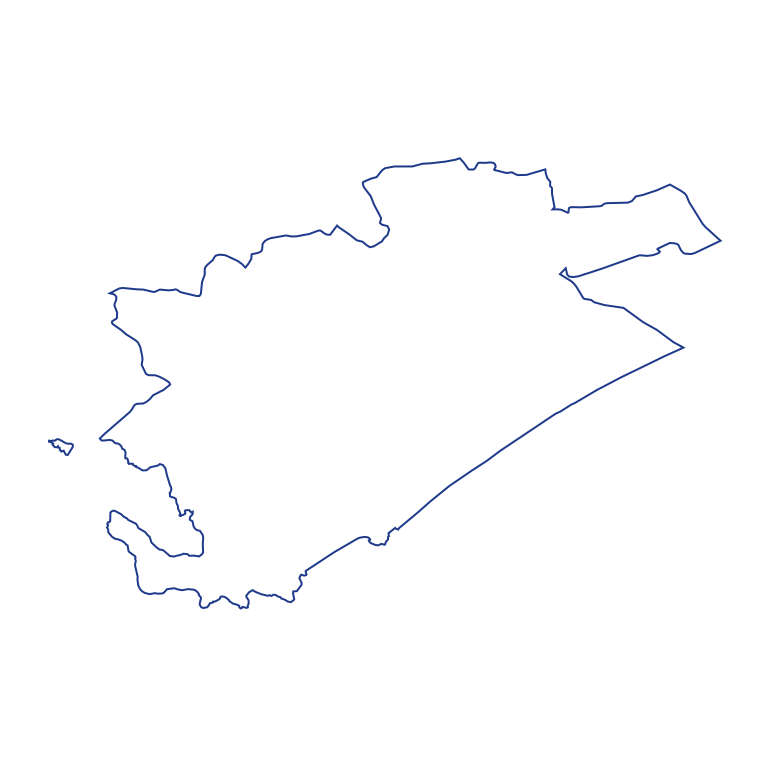 outline of Dong Hoa, Phú Yên, Vietnam, rotated 91°
{"feature_id": "81297802B45644811289425", "entity_name": "Dong Hoa", "entity_type": "district", "adm_level": 2, "iso_a3": "VNM", "parent_name": "Vietnam", "parent_adm1": "Phú Yên", "projection": "robinson", "projection_center": [109.384, 12.945], "detail": "fine", "context": "isolated", "style": "outline", "palette": "blue", "viewbox_px": 768, "rotation_deg": 91, "n_neighbors": 0, "source": "geoboundaries", "source_scale": "gbopen_adm2", "svg_char_len": 6135}
<svg xmlns="http://www.w3.org/2000/svg" viewBox="0 0 768 768"><g transform="rotate(91 384 384)"><path d="M342.4,85.3L337.0,95.5L325.3,111.9L317.7,125.9L303.7,145.9L301.2,165.2L298.6,175.2L296.3,178.4L295.4,185.3L294.4,186.4L283.6,193.2L280.5,195.7L278.2,198.2L271.1,210.0L265.1,204.3L271.3,202.8L273.3,200.9L273.8,196.8L272.9,191.4L265.0,168.5L251.2,131.8L250.8,130.3L251.3,123.3L250.6,117.9L249.2,113.7L248.0,111.3L246.9,110.5L244.4,113.0L243.9,112.7L238.0,100.7L238.3,95.7L238.9,93.4L240.0,92.0L244.8,89.6L247.8,87.0L248.4,85.2L248.7,79.9L248.4,77.9L247.3,74.9L234.9,50.0L221.5,65.3L218.5,68.1L196.8,82.1L190.5,84.8L188.2,86.7L185.5,90.7L179.6,101.6L185.7,114.9L190.5,128.6L192.1,135.5L196.8,139.4L198.4,143.3L199.3,163.9L199.8,166.6L202.2,169.8L202.6,172.5L203.9,189.8L203.9,199.3L204.3,201.4L205.1,202.2L209.3,202.6L209.5,203.3L206.7,209.7L206.3,213.5L206.5,218.5L204.2,216.6L191.0,219.3L185.1,219.5L183.0,221.4L178.9,221.3L175.5,224.2L170.6,225.9L166.6,226.5L172.4,245.0L172.8,253.3L172.2,255.7L170.1,259.8L170.9,265.2L168.1,277.4L167.6,277.6L164.8,276.1L162.3,276.9L161.0,278.5L160.6,281.7L161.1,286.3L161.1,293.0L161.9,294.1L166.6,296.6L168.0,298.2L168.1,302.2L167.9,303.2L161.3,308.1L156.9,312.2L158.4,316.0L160.6,326.6L162.5,341.3L163.1,349.3L166.0,359.5L166.3,377.2L168.1,386.3L169.5,388.6L171.4,390.5L177.2,394.9L179.0,400.8L182.4,408.3L182.9,408.7L185.8,408.3L187.8,407.4L196.5,400.5L204.8,397.1L217.3,390.2L219.1,389.8L223.0,390.9L224.7,388.9L226.1,383.3L229.4,381.5L234.8,383.0L238.2,386.5L241.4,388.5L246.5,396.5L247.5,400.4L245.6,403.6L242.1,408.0L240.8,413.7L234.7,421.8L228.1,431.9L226.4,433.7L235.7,440.4L235.7,443.5L234.7,445.9L231.9,449.8L231.6,450.9L231.9,452.6L235.3,461.3L237.9,474.1L238.1,479.0L237.2,484.6L240.1,499.6L241.2,502.6L243.0,505.5L246.0,507.8L251.5,508.2L253.2,508.9L254.4,510.5L255.1,512.4L256.6,518.6L261.3,518.9L266.5,521.9L270.0,524.7L266.7,527.9L263.7,532.1L258.4,543.9L257.8,546.2L257.6,551.1L258.6,554.4L259.6,555.4L263.1,557.4L268.2,563.0L270.6,564.8L272.5,565.3L277.5,565.1L285.3,567.7L297.1,568.7L299.2,570.1L299.3,572.8L296.3,586.6L295.4,589.7L293.5,592.4L293.0,594.0L293.8,597.3L294.1,601.5L293.5,609.7L295.9,614.9L296.0,616.1L293.8,626.3L293.6,633.4L292.5,647.1L293.1,650.4L298.1,659.7L299.1,655.5L300.4,653.9L301.8,653.1L305.0,653.3L308.3,654.7L310.2,654.9L317.1,652.1L322.6,652.2L323.5,652.9L325.8,656.6L326.6,657.1L328.1,656.9L329.2,655.8L334.7,647.6L338.7,642.9L344.7,633.1L346.7,630.8L351.1,628.4L360.6,626.2L364.0,625.9L369.1,626.6L378.0,622.2L379.3,619.6L379.3,612.7L380.6,608.8L383.4,603.1L386.2,598.8L388.3,597.8L393.6,604.1L399.3,614.7L403.3,617.9L406.1,621.3L407.7,624.4L408.1,630.3L408.7,632.0L409.9,633.5L414.0,635.7L416.5,637.7L438.2,661.9L443.4,667.2L445.2,665.7L445.5,664.1L444.7,657.3L445.3,654.5L447.8,651.8L448.3,648.6L449.2,647.1L450.9,645.5L453.1,644.7L454.6,642.1L457.1,641.2L462.2,641.5L462.9,640.9L462.8,639.9L463.2,639.2L466.1,638.3L467.2,638.5L467.4,638.0L468.3,637.7L468.1,633.8L469.3,633.5L470.2,631.9L470.4,630.4L471.3,630.4L471.9,628.5L474.6,623.9L474.4,619.9L471.3,616.1L469.5,608.7L468.0,606.8L468.8,603.7L472.1,601.1L478.8,599.5L489.2,596.1L490.7,595.2L493.0,594.7L496.2,595.7L496.4,596.3L500.0,596.0L500.7,594.7L501.4,591.7L502.7,590.0L507.0,589.3L509.6,587.9L512.1,587.8L516.3,585.6L517.8,585.4L518.6,586.2L519.2,586.1L519.6,584.9L518.7,584.1L518.6,582.9L517.4,580.8L517.0,580.4L514.6,580.9L513.7,580.2L513.5,576.6L515.7,574.6L515.0,573.0L517.5,573.1L520.5,575.6L522.7,575.8L523.5,575.3L524.5,573.1L530.0,571.8L532.1,570.3L533.6,568.0L533.9,565.6L538.1,562.6L540.8,562.1L546.8,562.4L555.5,561.9L557.4,563.0L559.6,565.9L558.9,571.0L559.2,575.6L557.6,577.3L557.2,581.4L558.7,585.1L559.0,587.2L560.2,591.0L559.7,595.1L554.5,601.3L553.8,602.6L553.4,605.7L550.6,609.4L546.6,613.7L540.8,615.7L539.4,617.5L536.4,620.0L532.2,627.2L529.5,628.4L527.9,629.8L524.4,637.3L522.4,639.3L521.5,641.6L518.7,644.7L515.5,651.0L515.5,653.2L517.2,655.3L526.0,655.4L527.0,656.4L527.1,657.6L528.9,658.3L529.9,657.4L531.7,657.9L532.2,658.5L534.4,657.2L537.0,657.1L541.5,653.3L543.5,650.1L543.9,647.5L545.2,643.7L547.1,640.7L549.3,638.8L549.8,637.6L555.5,636.5L556.5,635.7L560.5,629.9L561.8,629.4L562.7,629.8L565.1,629.1L569.6,629.8L581.2,626.9L583.8,627.1L589.8,626.2L593.5,624.2L595.7,622.0L597.1,619.4L598.2,614.6L597.1,609.2L597.6,606.6L597.4,602.5L596.6,600.5L592.9,597.3L591.9,590.1L593.2,585.5L593.7,582.1L592.5,576.4L593.0,570.5L593.6,569.0L595.3,566.9L597.1,565.5L598.4,565.4L600.5,563.4L601.3,563.2L606.5,564.4L608.1,564.3L610.5,562.7L611.1,560.8L610.4,557.2L609.4,556.1L606.2,554.1L605.7,551.9L605.5,551.4L604.6,551.2L604.6,549.5L602.6,545.7L601.2,544.1L599.8,543.8L599.2,542.3L599.5,540.3L600.6,537.9L602.7,535.3L603.6,535.0L606.2,531.2L607.2,527.1L608.3,524.9L609.9,524.7L610.9,523.5L610.3,522.1L609.3,521.6L610.2,517.9L610.0,516.6L609.7,516.2L608.4,516.4L605.8,515.5L604.6,515.5L602.2,515.8L599.5,517.8L598.2,518.0L594.6,515.3L592.4,511.7L594.0,509.1L596.3,503.1L597.8,496.6L597.2,494.5L597.9,493.0L596.7,490.9L596.7,488.8L598.3,486.4L599.0,483.8L600.3,482.8L601.4,479.3L603.2,476.5L603.7,473.2L601.6,470.5L600.8,470.0L594.9,471.3L593.0,471.1L592.6,467.5L586.3,463.0L584.3,462.9L579.5,465.2L576.3,463.8L576.1,463.2L577.0,460.5L576.4,458.5L575.7,458.2L573.5,459.0L572.2,458.9L553.0,430.8L539.1,407.9L538.1,405.5L537.2,401.0L537.6,397.5L538.1,396.5L539.6,395.1L540.1,395.2L540.7,396.4L542.2,395.7L543.5,394.0L545.1,389.8L545.4,386.9L543.9,383.8L544.7,380.5L544.0,379.9L542.0,379.5L539.4,377.3L536.7,377.2L535.9,376.4L533.1,376.9L527.7,370.3L528.4,369.7L529.3,367.4L527.7,366.3L511.9,348.0L500.9,336.0L484.8,316.9L469.1,294.8L459.0,279.8L448.6,266.4L410.9,212.2L408.3,206.9L400.9,195.7L399.9,193.2L386.2,170.9L372.9,146.5L351.7,104.8L342.4,85.3ZM455.3,707.0L456.3,706.4L456.4,705.5L457.1,705.3L456.3,703.1L460.3,700.9L460.4,699.0L453.8,694.9L452.0,694.0L450.2,694.1L449.1,695.7L449.3,698.7L448.7,701.2L445.5,707.0L444.8,709.0L445.1,710.3L446.6,712.6L446.2,714.3L446.9,715.3L446.5,717.9L447.5,718.0L447.9,716.0L449.4,713.7L450.5,714.3L452.8,712.2L453.0,709.7L452.0,708.9L453.2,708.6L453.4,707.2L455.3,707.0Z" fill="none" stroke="#1e3a8a" stroke-width="2"/></g></svg>